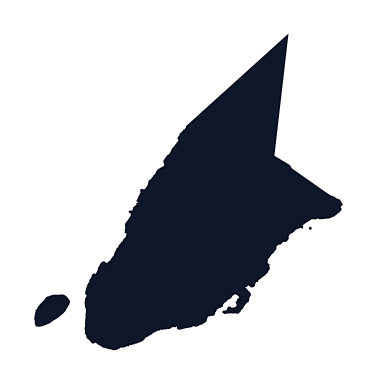 the district of North Malaita, Malaita, Solomon Islands, rotated 273°
{"feature_id": "97153195B19002980300101", "entity_name": "North Malaita", "entity_type": "district", "adm_level": 2, "iso_a3": "SLB", "parent_name": "Solomon Islands", "parent_adm1": "Malaita", "projection": "natural_earth1", "projection_center": [160.61, -8.382], "detail": "fine", "context": "isolated", "style": "filled", "palette": "ink", "viewbox_px": 384, "rotation_deg": 273, "n_neighbors": 0, "source": "geoboundaries", "source_scale": "gbopen_adm2", "svg_char_len": 5844}
<svg xmlns="http://www.w3.org/2000/svg" viewBox="0 0 384 384"><g transform="rotate(273 192 192)"><path d="M187.4,342.3L191.5,339.6L192.5,336.3L194.1,334.1L195.1,330.5L197.5,326.2L220.4,289.7L223.4,287.9L232.0,271.6L353.3,279.2L257.1,183.3L255.8,183.4L255.2,183.0L254.2,182.0L253.8,181.9L253.2,182.3L253.1,180.6L252.2,180.3L249.0,177.2L247.7,177.1L245.3,175.5L244.5,175.5L243.3,176.6L242.5,176.6L234.2,170.8L233.8,170.3L229.5,168.7L227.9,167.5L226.9,165.9L222.0,162.7L221.0,162.5L217.4,163.8L216.1,163.1L215.3,161.9L214.8,161.5L214.5,162.4L214.2,161.4L214.4,160.5L213.9,159.6L212.7,157.8L211.4,156.5L207.1,154.4L206.4,153.9L206.2,153.2L205.7,152.9L205.2,153.2L203.9,151.7L201.9,151.1L201.5,149.6L200.9,149.1L199.8,148.6L196.7,148.3L192.9,146.1L191.5,144.7L191.1,143.9L191.8,142.1L191.3,141.0L190.1,141.0L189.5,141.5L188.4,141.3L187.4,140.6L187.0,140.9L184.8,139.5L181.1,138.4L180.3,137.8L180.1,138.0L180.2,138.9L179.8,139.4L177.5,138.9L177.3,138.6L177.5,138.2L177.3,137.8L176.9,138.4L176.7,138.3L174.9,136.9L174.8,136.4L173.1,134.7L170.4,134.3L169.5,133.8L169.5,132.1L169.4,131.0L169.0,130.6L167.8,132.6L165.3,132.7L164.0,132.5L163.8,131.9L162.9,131.8L156.7,127.6L155.2,127.5L153.1,128.1L150.7,127.6L148.8,128.0L148.2,127.7L147.8,129.5L147.3,129.8L143.4,128.9L140.2,126.2L138.5,126.1L137.8,124.5L136.2,123.8L135.3,122.8L134.8,122.6L134.3,122.9L134.0,122.1L133.6,122.0L132.9,122.6L132.2,122.5L132.2,121.4L131.7,120.6L130.9,120.0L130.1,120.3L129.1,119.4L128.2,119.3L127.6,118.8L127.2,119.6L126.6,119.7L126.5,118.8L126.1,118.4L124.6,117.9L124.1,118.0L124.1,118.8L123.0,116.8L122.4,116.6L121.2,115.6L120.7,115.7L119.7,114.7L118.2,114.3L117.9,113.0L115.5,111.1L116.6,109.0L116.6,108.3L117.4,107.9L117.3,107.1L116.0,105.4L114.5,104.5L112.8,104.0L112.0,103.2L110.3,102.7L110.0,103.1L109.3,102.9L108.7,102.4L108.2,102.5L105.7,101.1L105.2,101.3L104.2,99.8L103.8,98.4L103.9,98.0L104.6,98.2L104.2,97.5L102.9,96.9L101.8,96.9L98.5,94.9L97.0,94.9L93.8,93.1L92.1,92.8L91.2,92.3L86.0,91.3L84.4,91.7L84.3,92.7L83.7,93.0L81.8,92.7L80.5,91.9L78.3,91.4L77.1,91.6L76.2,91.2L71.7,92.0L69.8,92.9L68.6,93.0L65.8,93.1L63.7,92.8L60.8,93.1L58.3,92.7L57.2,93.1L55.4,92.7L52.9,93.1L50.1,92.6L47.5,93.3L45.8,93.1L44.7,93.6L43.9,94.4L42.8,94.9L42.2,94.7L41.4,95.0L40.6,95.6L40.5,96.5L39.4,97.1L38.6,98.4L36.9,99.7L36.2,100.8L36.4,101.9L37.1,102.6L37.3,103.4L37.0,104.6L35.7,106.0L33.3,110.8L32.6,111.6L32.5,113.6L31.5,117.3L31.2,120.9L30.7,121.2L30.7,122.2L31.2,124.9L33.8,129.1L34.0,130.1L33.6,130.5L33.6,131.2L35.6,135.7L35.3,136.5L35.7,136.9L36.6,136.7L37.0,137.7L36.5,139.4L37.4,140.3L37.4,141.6L38.1,142.0L38.3,143.7L39.8,147.4L40.7,148.8L40.8,149.5L42.5,151.3L44.1,152.2L44.3,152.6L45.3,153.3L45.8,154.3L45.7,154.8L47.1,156.4L47.3,157.1L47.8,157.4L48.4,158.8L50.2,160.5L50.8,162.1L51.4,162.7L51.8,163.9L52.3,164.4L52.7,166.6L53.6,167.0L53.9,167.4L53.9,168.1L53.5,168.5L53.8,169.2L53.5,169.7L54.2,170.9L54.0,172.2L54.8,174.6L54.6,176.0L55.3,177.4L56.2,178.2L56.6,179.3L57.3,180.0L57.4,180.3L56.7,181.3L56.9,182.2L57.7,182.8L58.0,183.7L57.9,184.0L57.0,184.5L54.9,185.1L54.8,186.0L54.5,186.4L56.4,192.8L57.5,198.0L59.3,200.7L59.3,201.0L58.4,201.8L58.8,202.7L58.6,203.5L59.5,205.5L60.3,206.2L60.8,208.4L63.9,212.6L66.1,212.8L68.1,213.5L69.8,214.7L69.4,216.1L70.1,216.9L70.1,219.0L70.5,220.2L73.1,220.8L73.8,221.4L75.4,222.1L76.3,222.2L76.7,221.9L77.0,222.2L77.1,223.4L78.0,224.4L78.6,226.4L79.3,226.7L79.6,227.9L80.3,228.2L80.8,227.7L81.3,227.7L82.2,228.7L83.5,229.5L84.6,231.3L86.5,232.6L88.4,236.0L90.5,236.9L92.1,238.7L93.1,240.6L91.9,243.3L90.4,244.8L89.5,245.5L88.2,245.0L87.0,245.7L85.9,246.0L85.8,245.6L87.1,245.1L87.5,244.1L87.1,243.3L85.3,243.4L84.3,242.1L82.5,243.1L80.4,243.2L79.4,242.5L78.0,240.0L77.7,237.1L78.7,236.0L78.9,235.3L78.7,234.9L78.2,234.3L74.9,233.3L74.6,232.7L74.8,232.0L74.6,231.3L74.3,231.0L74.5,230.1L73.9,229.3L73.6,229.3L72.6,231.1L72.6,231.5L73.1,232.0L73.4,235.8L73.9,236.6L73.5,238.3L73.9,242.1L73.5,243.7L73.7,244.4L75.3,245.9L77.0,246.6L78.7,248.3L80.3,249.0L84.2,251.5L85.6,253.0L86.0,253.9L87.2,253.8L90.4,254.4L92.1,255.5L92.7,255.5L93.6,255.1L95.1,253.9L95.8,252.7L97.7,251.3L98.1,250.3L99.1,249.5L98.8,248.4L99.1,248.1L100.3,249.6L100.8,251.5L101.8,251.8L102.4,252.8L102.3,254.4L101.9,254.4L101.8,254.8L100.7,255.9L100.5,256.4L101.0,258.0L102.0,259.1L102.9,258.8L104.2,259.6L104.6,259.4L106.3,260.5L106.3,262.0L106.6,262.1L107.2,261.8L107.8,262.0L108.1,262.7L109.1,263.4L109.2,264.2L111.3,266.4L113.3,268.9L116.2,271.4L116.7,271.2L119.5,273.0L120.2,273.0L120.7,272.4L123.1,272.6L123.8,271.9L123.9,270.7L124.9,270.6L125.5,269.8L125.8,269.7L126.4,270.5L127.6,270.5L128.1,270.1L128.6,270.1L128.9,270.7L134.6,274.4L136.1,276.1L138.8,277.6L138.9,278.1L140.2,278.5L142.0,278.3L144.1,280.0L144.7,281.2L145.0,283.1L146.4,284.0L147.6,285.4L147.9,286.3L147.7,287.9L148.0,288.6L150.5,290.3L153.0,290.0L155.7,291.5L157.1,294.1L159.1,296.2L160.2,296.9L161.2,298.6L161.5,299.9L162.9,302.2L162.8,302.9L162.1,303.5L162.1,303.9L162.6,304.1L163.5,304.0L163.8,303.5L164.7,303.4L165.2,303.6L165.7,304.2L166.0,305.1L167.5,306.4L168.2,307.7L171.5,312.2L171.9,313.3L171.8,316.8L173.0,318.5L172.2,321.1L173.5,330.3L174.5,332.4L175.1,333.0L175.6,334.8L177.6,337.1L178.6,337.7L178.9,338.5L179.4,338.8L179.7,339.7L180.4,339.9L181.7,341.3L182.5,341.4L183.4,341.2L184.0,340.2L184.3,340.2L187.4,342.0L187.4,342.3ZM82.2,67.6L81.8,65.0L81.5,64.1L81.6,60.1L80.3,55.6L79.9,55.1L79.0,52.7L77.7,51.7L76.5,51.2L71.9,47.0L69.4,45.2L66.0,43.5L65.2,42.6L64.4,43.2L62.7,42.3L61.5,42.6L60.1,42.0L59.3,42.3L57.7,41.7L55.3,42.5L52.7,42.6L50.3,43.6L50.2,46.7L50.9,49.5L54.3,56.6L55.8,58.3L56.1,59.0L57.5,60.5L58.7,62.6L59.2,63.0L60.6,65.1L64.5,69.1L66.8,71.1L73.4,74.5L75.9,75.2L77.0,74.8L80.0,72.3L81.1,71.0L81.9,69.3L82.2,67.6ZM162.4,312.6L162.6,311.7L161.9,311.3L161.2,311.8L161.2,312.2L161.7,312.7L162.4,312.6Z" fill="#0f172a" stroke="#020617" stroke-width="1.5"/></g></svg>